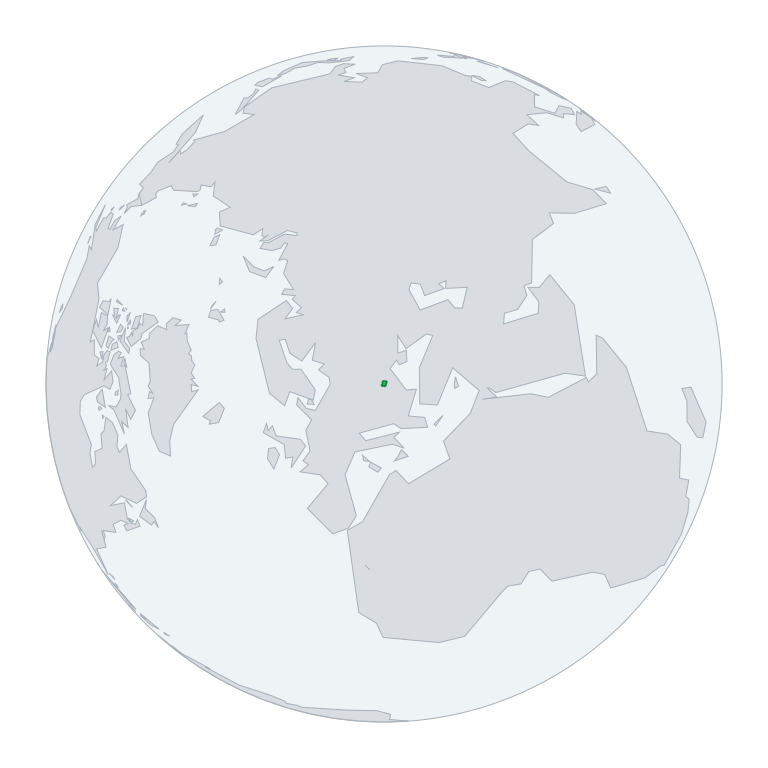 Bacau on an orthographic globe, rotated 296°
{"feature_id": "ROU-312", "entity_name": "Bacau", "entity_type": "County", "adm_level": 1, "iso_a3": "ROU", "parent_name": "Romania", "parent_adm1": "", "projection": "orthographic", "projection_center": [26.661, 46.412], "detail": "fine", "context": "on_globe", "style": "filled", "palette": "green", "viewbox_px": 768, "rotation_deg": 296, "n_neighbors": 0, "source": "natural_earth", "source_scale": "10m", "svg_char_len": 11959}
<svg xmlns="http://www.w3.org/2000/svg" viewBox="0 0 768 768"><g transform="rotate(296 384 384)"><circle cx="384" cy="384" r="338" fill="#eef3f6" stroke="#a8b0b8"/><path d="M256.3,71.1L259.3,69.9L276.0,67.1L266.4,70.1L271.5,69.8L283.9,66.4L290.8,64.3L325.1,64.1L366.2,62.1L379.1,58.5L376.3,62.2L400.8,54.5L423.0,54.9L397.9,56.5L395.3,58.4L410.4,59.2L411.0,61.4L418.6,63.3L418.0,66.2L403.3,67.7L402.6,69.8L413.4,70.4L419.5,74.2L403.8,72.9L412.9,79.6L390.1,85.1L348.8,82.3L335.9,90.4L293.0,101.7L296.8,104.2L282.9,111.1L282.1,116.7L274.3,117.9L280.4,121.5L287.6,119.4L292.7,120.4L292.9,123.8L283.1,125.6L281.5,124.2L278.7,126.6L273.7,126.2L276.3,128.3L264.4,130.6L276.4,133.4L267.0,139.6L259.0,139.9L259.7,133.1L243.0,119.3L235.1,118.7L223.3,124.0L201.3,147.4L192.7,150.1L181.1,158.7L185.8,159.8L196.6,153.7L202.6,158.8L215.1,151.5L219.3,152.8L232.2,148.7L230.3,156.8L221.5,167.2L210.7,171.3L206.5,176.3L216.8,178.9L196.8,193.7L183.7,216.6L178.5,220.0L168.2,213.9L168.1,196.6L154.9,191.5L163.4,202.8L150.3,212.4L148.2,217.6L148.9,222.1L153.9,221.8L149.4,227.1L139.2,217.2L143.1,212.2L146.3,215.2L146.2,207.4L139.2,202.1L133.1,208.1L129.1,195.9L124.7,200.3L121.4,200.6L128.7,194.2L115.5,205.8L109.8,197.9L91.7,219.9L109.5,193.9L115.8,183.4L122.0,173.3L118.9,176.5L131.1,160.6L134.6,155.9L152.1,138.2L170.9,121.8L190.8,106.8L211.7,93.3L233.6,81.4L256.3,71.1ZM97.5,204.9L96.2,206.9L95.7,207.8L97.5,204.9ZM59.1,291.1L57.6,298.8L53.9,312.1L55.9,307.4L53.0,321.0L52.1,346.8L51.2,347.7L49.9,386.0L54.4,417.8L55.4,433.5L54.3,436.7L57.2,447.1L57.3,451.4L74.2,492.6L87.3,521.0L89.9,534.7L84.9,536.1L91.9,553.9L80.2,532.0L70.2,509.4L61.9,486.1L55.3,462.3L50.4,438.1L47.4,413.5L46.1,388.8L46.7,364.1L49.0,339.5L53.2,315.1L59.1,291.1ZM87.2,225.7L72.7,260.1L76.2,247.6L76.4,248.2L81.1,237.9L88.2,222.8L92.5,213.4L87.2,225.7ZM91.4,225.0L93.5,220.1L92.1,224.1L91.4,225.0ZM293.7,63.2L284.0,66.2L272.6,68.8L280.6,65.9L293.7,63.2ZM315.5,60.3L311.1,61.8L305.8,61.0L310.0,60.3L315.5,60.3ZM388.2,56.0L380.2,56.1L387.8,55.3L388.2,56.0ZM419.8,63.1L421.9,62.5L424.9,63.9L419.8,63.1ZM232.4,144.6L232.2,146.6L229.9,146.3L232.4,144.6ZM238.1,141.1L235.5,139.4L237.8,137.5L239.3,138.6L238.1,141.1ZM426.8,69.7L431.1,72.4L424.2,69.8L426.8,69.7ZM240.8,143.8L242.2,134.4L246.3,131.3L255.8,133.0L240.8,143.8ZM432.0,74.1L442.6,81.4L448.1,80.4L438.4,88.0L432.6,78.9L423.2,75.7L430.2,76.0L432.0,74.1ZM289.8,117.3L282.2,119.7L288.4,114.7L289.8,117.3ZM292.6,114.0L304.5,98.6L315.9,97.3L309.6,102.4L324.3,98.7L324.1,105.6L315.9,109.1L308.6,108.5L314.1,111.7L292.6,114.0ZM431.4,91.4L431.8,93.7L428.5,91.7L431.4,91.4ZM295.2,120.5L296.6,117.3L306.6,115.8L305.7,122.0L302.7,120.4L295.2,120.5ZM328.3,94.7L335.6,95.0L337.4,100.5L340.5,101.4L325.1,105.6L328.3,94.7ZM300.6,122.5L305.0,125.3L300.4,129.1L294.5,123.6L300.6,122.5ZM309.6,112.9L314.3,112.6L311.4,114.7L309.6,112.9ZM286.7,145.3L288.2,141.0L293.5,139.7L286.7,145.3ZM306.9,126.1L308.4,124.8L310.7,123.9L312.6,126.6L306.9,126.1ZM327.4,109.5L326.6,111.9L333.8,108.0L335.4,112.3L324.8,114.5L330.1,115.4L330.6,116.8L321.4,117.1L327.4,109.5ZM321.3,126.9L308.4,131.8L304.6,139.8L299.7,141.0L306.8,128.0L321.3,126.9ZM322.2,121.0L320.5,124.9L315.3,124.2L313.2,121.2L322.2,121.0ZM340.3,114.7L340.6,107.4L342.9,107.2L340.3,114.7ZM321.2,129.3L324.3,128.1L321.6,129.9L321.2,129.3ZM335.6,119.2L335.4,116.5L338.0,116.4L335.6,119.2ZM330.8,128.1L326.6,129.6L325.0,127.4L330.8,128.1ZM333.8,124.1L337.5,124.6L327.0,125.8L333.3,122.9L333.8,124.1ZM338.2,119.5L339.6,118.5L337.9,120.6L338.2,119.5ZM339.1,135.6L326.2,137.7L322.8,132.9L335.8,131.4L339.1,135.6ZM175.7,546.7L155.8,494.2L165.7,482.3L167.6,461.5L236.3,415.2L250.8,425.1L304.8,428.6L311.5,432.7L305.1,449.7L345.5,476.1L358.7,462.5L395.4,474.4L419.9,472.4L428.7,438.6L388.6,441.2L381.8,424.9L414.0,408.6L449.0,406.6L447.5,400.2L425.4,388.3L433.5,375.1L417.7,383.0L424.1,389.2L414.4,394.7L408.0,389.5L411.1,384.8L400.6,382.6L388.4,406.6L393.5,415.4L365.9,419.8L371.8,435.2L364.2,442.2L351.4,418.8L352.7,410.2L328.9,383.2L325.0,392.4L347.3,418.8L340.3,416.4L335.2,430.2L333.5,417.9L310.3,387.7L285.3,388.8L253.4,416.9L238.9,415.2L226.8,403.5L238.6,369.7L269.8,377.4L274.4,366.6L268.3,347.1L278.2,351.5L279.6,344.9L291.3,347.0L308.1,334.0L320.1,334.6L326.9,314.7L334.0,312.6L328.0,324.7L330.2,333.9L360.0,335.8L365.9,331.8L367.9,319.0L375.8,321.6L374.0,309.1L391.2,304.3L368.6,300.0L370.4,286.0L380.9,275.6L377.4,270.6L360.3,287.6L357.1,295.3L360.9,303.0L348.7,324.7L338.5,327.5L335.8,302.6L320.9,304.3L325.4,285.2L368.8,249.0L386.9,242.4L416.2,259.7L411.9,268.6L399.2,266.6L410.8,281.0L409.9,273.8L416.5,276.3L419.9,264.5L424.7,265.8L419.7,252.7L426.0,253.0L429.1,261.3L439.4,245.3L452.6,243.3L452.6,239.1L448.9,235.3L468.1,235.9L467.3,232.8L460.7,231.4L454.7,224.6L451.6,213.1L458.4,213.9L460.4,218.2L475.0,228.8L479.3,240.6L481.8,239.9L479.6,229.9L461.9,216.8L458.1,209.7L467.3,214.6L463.6,212.3L463.9,209.1L470.5,206.9L460.8,201.1L454.3,167.5L466.5,160.7L475.4,168.3L478.1,148.1L491.6,143.6L485.5,142.1L482.6,132.4L478.3,133.6L475.2,132.2L465.9,109.9L469.0,105.8L458.0,96.0L454.9,95.4L452.0,97.7L438.4,88.0L448.1,80.4L454.8,81.9L456.4,76.7L471.3,81.5L484.5,83.5L500.0,92.8L509.0,94.2L508.5,92.1L520.4,93.1L546.6,103.7L527.4,104.2L488.6,93.6L504.6,98.3L501.6,100.3L507.7,104.1L518.9,107.6L519.9,106.0L540.9,129.9L569.1,149.0L565.7,138.5L572.0,137.1L601.1,153.4L639.1,199.5L647.9,201.1L654.0,207.0L658.8,217.9L650.0,209.5L647.3,213.2L641.6,207.2L646.2,223.1L638.3,215.3L645.8,232.2L652.1,234.7L650.9,223.0L660.9,241.9L670.3,242.6L680.6,254.9L695.5,296.8L697.0,322.3L699.0,327.9L694.8,330.0L696.4,348.3L710.0,360.3L712.1,368.0L711.4,397.4L710.1,392.3L699.1,397.9L702.2,419.0L710.8,419.3L713.9,431.4L709.6,437.2L705.8,427.1L701.8,428.6L699.2,411.5L688.7,394.3L684.1,409.5L680.9,399.5L665.8,390.1L657.2,411.4L645.8,459.7L650.2,486.4L643.6,504.7L621.1,480.7L610.3,457.6L602.6,466.0L579.0,454.0L539.6,472.3L533.6,466.7L526.3,473.5L509.6,471.4L500.3,461.2L490.4,465.1L515.1,491.6L525.7,487.2L534.0,470.9L538.9,481.3L554.9,485.1L538.6,520.2L479.4,561.6L473.1,542.0L425.4,488.3L426.5,480.9L426.3,480.1L425.6,478.7L421.8,491.0L413.4,479.2L439.5,520.1L444.1,537.5L478.6,563.0L475.5,566.9L486.4,570.8L520.8,553.4L521.1,560.1L505.2,594.6L457.1,641.1L463.3,661.0L459.4,677.3L428.9,690.9L431.2,700.0L415.4,704.5L414.1,708.9L401.1,713.6L379.7,717.1L343.7,715.2L341.8,712.4L324.3,703.7L300.1,677.3L309.5,665.8L306.4,654.1L280.4,621.4L286.1,605.4L279.0,596.4L264.5,594.9L256.3,583.6L247.5,580.9L192.5,567.1L175.7,546.7ZM212.8,446.5L210.9,452.7L212.8,446.5ZM486.6,421.0L507.3,416.4L497.0,397.5L504.1,394.4L498.0,389.4L496.2,396.2L481.2,381.8L489.7,372.9L486.7,364.0L479.6,365.2L466.4,384.1L487.8,404.4L483.5,414.5L486.6,421.0ZM52.2,347.5L51.6,353.2L51.4,349.0L52.2,347.5ZM74.2,250.6L72.3,256.0L70.5,260.6L71.5,257.3L74.2,250.6ZM64.3,294.8L63.3,302.0L63.2,296.6L64.3,294.8ZM71.0,265.3L65.0,289.5L65.1,280.8L69.3,265.9L67.8,273.2L71.0,265.3ZM87.3,229.2L85.5,233.3L84.4,234.4L87.3,229.2ZM90.4,228.0L90.6,227.0L92.5,223.7L90.4,228.0ZM151.0,212.9L151.6,213.9L151.2,219.1L149.1,217.9L151.0,212.9ZM163.3,236.4L155.8,244.5L159.7,237.6L155.3,237.0L158.0,222.3L176.0,221.1L167.4,224.0L163.3,236.4ZM166.6,203.3L162.9,212.2L166.3,202.6L166.6,203.3ZM275.3,308.5L279.2,314.1L274.5,321.1L259.3,322.3L265.9,312.0L275.3,308.5ZM285.8,320.7L287.4,296.8L296.9,295.8L291.3,300.3L297.5,302.0L290.1,309.8L297.6,332.9L294.0,340.7L267.9,337.4L278.4,333.9L274.0,328.3L285.8,320.7ZM274.8,244.0L275.6,235.4L295.1,244.0L292.1,251.2L276.8,252.3L271.3,244.6L274.8,244.0ZM257.2,149.5L256.2,146.9L258.9,146.2L262.0,147.9L257.2,149.5ZM287.0,143.3L264.2,160.7L261.9,158.4L251.3,172.2L241.2,171.8L248.4,162.7L232.7,173.1L235.2,164.8L225.2,172.7L242.4,152.5L244.0,146.0L246.0,153.3L255.2,153.8L259.7,152.0L273.6,142.5L281.6,129.4L292.0,128.4L297.3,131.2L296.9,134.1L290.3,133.7L294.6,138.0L284.7,139.8L287.0,143.3ZM352.5,173.8L344.9,170.5L351.9,182.6L342.0,183.1L343.5,184.4L336.3,188.4L330.1,195.9L325.6,195.0L325.1,198.3L320.3,201.3L318.2,205.7L309.4,205.8L306.0,211.4L303.8,208.3L300.3,217.9L299.0,210.9L292.7,214.6L297.3,219.5L255.3,212.6L238.8,216.4L225.7,223.7L225.1,211.5L237.0,197.3L254.7,184.7L270.8,183.3L267.6,178.4L274.3,176.5L274.0,181.1L278.6,172.9L284.0,172.7L299.8,163.5L302.9,152.6L308.8,149.3L310.3,153.4L315.1,147.3L321.9,153.1L326.2,151.0L337.2,155.1L337.6,164.9L342.4,161.9L351.1,165.3L352.5,173.8ZM342.0,137.0L344.7,147.9L340.7,153.8L323.1,144.4L318.3,145.5L306.9,140.4L313.0,132.2L315.7,134.4L319.8,134.6L316.2,137.0L322.1,135.2L326.0,138.3L331.6,137.8L330.9,141.4L342.0,137.0ZM319.3,426.9L324.5,428.3L332.7,428.5L329.6,437.5L319.3,426.9ZM303.0,406.6L307.8,406.2L307.4,418.3L302.0,417.1L303.0,406.6ZM310.6,396.0L308.0,405.2L306.2,399.5L310.6,396.0ZM332.4,323.8L337.5,322.8L337.9,325.9L335.0,330.2L332.4,323.8ZM371.2,212.2L367.5,208.8L369.1,207.2L367.0,197.0L374.2,196.2L378.2,202.0L371.2,212.2ZM421.8,445.1L414.6,452.1L411.0,449.3L414.2,447.4L421.8,445.1ZM369.8,446.5L381.6,450.8L368.9,448.9L369.8,446.5ZM378.7,209.6L377.0,205.5L381.6,207.7L378.7,209.6ZM379.3,195.2L384.8,196.8L374.8,195.0L379.3,195.2ZM515.7,661.2L491.0,690.2L475.5,694.1L473.4,688.9L483.1,672.9L501.4,663.8L510.6,653.7L515.7,661.2ZM715.3,450.3L715.2,450.8L713.0,459.4L714.4,452.8L717.5,438.4L715.3,450.3ZM714.2,453.6L709.6,459.7L697.3,450.5L701.8,442.8L713.5,437.9L712.9,442.9L715.7,441.2L714.2,453.6ZM720.5,414.7L720.2,417.7L719.3,423.3L718.9,415.1L719.2,405.6L720.2,399.9L719.4,353.9L720.1,351.3L721.4,368.1L721.6,369.6L720.5,414.7ZM651.6,487.7L659.0,497.3L654.8,503.9L651.6,487.7ZM715.7,328.6L718.3,347.9L714.9,326.1L715.7,328.6ZM711.7,311.1L713.2,315.6L712.0,314.5L711.7,311.1ZM702.2,334.9L701.3,342.4L699.7,339.0L699.7,327.5L702.2,334.9ZM688.4,265.8L694.6,276.0L696.6,280.7L693.2,277.4L688.4,265.8ZM437.3,201.3L432.2,215.9L433.2,226.9L441.3,233.4L427.8,231.0L426.1,214.0L437.3,201.3ZM451.5,171.3L444.5,166.4L448.9,164.9L451.1,165.8L451.5,171.3ZM446.3,170.9L435.2,172.0L432.1,166.9L441.5,167.0L446.3,170.9ZM407.0,190.0L404.9,194.2L401.2,192.2L407.0,190.0ZM716.4,323.4L716.3,322.9L717.9,332.6L713.2,307.8L713.7,310.1L716.4,323.4ZM713.8,311.7L715.4,320.7L712.7,307.6L713.8,311.7ZM714.9,319.4L713.3,314.2L712.9,310.2L714.9,319.4ZM713.3,308.9L710.2,297.8L711.5,301.3L713.3,308.9ZM709.0,303.3L711.1,302.6L711.3,311.8L703.6,293.6L703.0,287.6L709.0,303.3ZM656.8,200.1L652.7,196.7L650.0,190.7L653.6,194.7L656.8,200.1ZM637.2,169.8L647.9,188.1L655.8,203.8L656.8,202.4L664.9,213.1L659.5,211.0L648.7,194.1L644.0,183.7L636.5,176.0L628.8,165.5L619.9,159.2L614.3,153.2L621.0,156.0L637.2,169.8ZM616.2,157.0L597.9,144.4L595.9,137.1L599.5,138.2L608.7,146.9L609.2,150.2L616.2,157.0ZM592.9,139.4L593.2,142.7L567.0,135.3L561.0,132.1L579.9,132.8L581.2,136.1L588.0,139.5L592.9,139.4ZM435.3,93.5L432.1,93.7L433.8,92.1L435.3,93.5ZM472.9,133.2L468.9,131.0L471.0,128.9L472.9,133.2ZM458.9,124.2L459.3,128.0L456.1,123.6L458.9,124.2ZM460.7,136.8L458.1,129.3L464.6,137.1L460.7,136.8Z" fill="#d9dde1" stroke="#a8b0b8" stroke-width="1"/><path d="M383.3,386.3L383.2,386.3L383.2,386.2L383.1,385.9L382.9,385.9L383.0,385.7L382.9,385.6L382.7,385.4L382.5,385.5L382.3,385.5L382.4,385.3L382.4,385.1L382.5,384.8L382.5,384.6L382.4,384.5L382.2,384.6L382.0,384.4L382.0,384.2L381.9,384.2L381.6,384.1L381.4,384.0L381.4,383.9L381.4,383.7L381.5,383.6L381.5,383.4L381.4,383.2L381.4,382.9L381.4,382.5L381.5,382.4L381.7,382.5L381.8,382.5L382.0,382.5L382.3,382.3L382.5,382.4L382.5,382.5L382.9,382.7L383.0,382.7L383.3,382.5L383.5,382.5L383.8,382.4L384.1,382.2L384.3,382.1L384.5,382.2L384.8,382.1L384.8,381.9L384.9,381.7L385.0,381.6L385.1,381.8L385.2,382.0L385.3,382.0L385.5,382.0L386.0,382.1L386.3,382.0L386.6,382.4L386.7,382.6L386.7,382.8L386.7,383.0L387.2,383.7L387.3,384.1L387.4,384.4L387.5,384.7L387.5,385.4L387.4,385.4L387.2,385.4L387.2,385.5L386.8,385.4L386.7,385.4L386.3,385.5L386.2,385.5L386.0,385.8L385.9,385.8L385.8,386.0L385.6,385.9L385.4,385.9L385.4,386.0L385.1,386.0L384.9,386.0L384.7,386.0L384.4,385.9L384.0,386.0L383.9,386.0L383.9,386.3L383.3,386.3Z" fill="#22c55e" stroke="#15803d" stroke-width="1.5"/></g></svg>